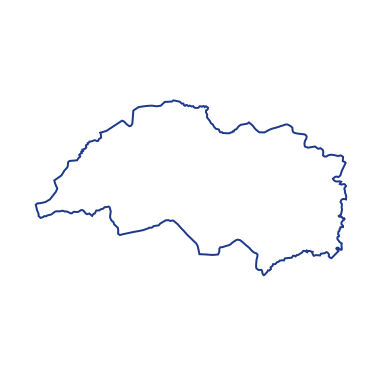 Ngandajika, Kasaï-Oriental, Democratic Republic of the Congo, rotated 171°
{"feature_id": "63176286B5322857834849", "entity_name": "Ngandajika", "entity_type": "district", "adm_level": 2, "iso_a3": "COD", "parent_name": "Democratic Republic of the Congo", "parent_adm1": "Kasaï-Oriental", "projection": "albers", "projection_center": [24.204, -6.701], "detail": "fine", "context": "isolated", "style": "outline", "palette": "blue", "viewbox_px": 384, "rotation_deg": 171, "n_neighbors": 0, "source": "geoboundaries", "source_scale": "gbopen_adm2", "svg_char_len": 5141}
<svg xmlns="http://www.w3.org/2000/svg" viewBox="0 0 384 384"><g transform="rotate(171 192 192)"><path d="M130.0,101.5L129.2,102.7L127.9,102.4L126.1,103.5L126.2,105.2L123.8,106.7L123.3,108.0L121.0,107.8L118.8,109.4L117.4,109.5L116.1,110.5L113.3,110.4L112.9,110.3L111.9,110.0L110.6,111.9L110.3,111.9L103.8,111.5L102.3,113.1L101.1,113.1L99.8,112.2L98.5,113.3L97.4,113.1L93.0,114.9L91.4,116.3L90.8,116.4L89.4,116.0L87.7,114.5L87.4,114.9L87.4,116.0L86.4,115.4L84.7,115.4L83.6,114.5L82.2,114.0L82.3,113.8L82.8,113.0L82.0,110.3L81.6,109.9L79.4,110.3L75.5,109.3L74.3,110.9L71.1,110.8L70.5,110.8L68.7,111.6L68.0,111.3L67.1,110.2L66.5,108.9L67.0,107.0L65.6,105.3L64.6,104.8L56.5,110.8L56.6,111.7L58.0,112.7L58.3,113.6L57.8,114.2L56.3,114.1L54.2,111.7L53.3,111.6L52.9,112.5L52.7,116.5L52.1,117.7L54.0,119.4L55.7,122.7L55.7,123.0L55.7,123.6L55.2,124.8L54.0,125.1L53.6,125.9L54.3,127.4L53.6,129.9L52.5,130.5L52.1,132.1L51.4,132.4L51.0,134.0L48.3,133.8L48.1,134.9L49.3,136.5L49.4,137.6L48.9,138.8L47.1,140.5L46.6,140.4L45.5,141.5L45.8,142.3L47.4,142.7L48.0,143.9L50.5,144.7L50.8,145.3L50.3,145.6L49.9,145.9L48.6,146.0L47.1,149.6L46.5,151.6L46.7,153.2L45.8,156.5L46.9,158.9L45.9,160.6L44.6,161.4L42.9,161.3L41.0,160.6L40.3,164.2L41.0,167.8L40.7,169.6L41.1,171.1L40.7,172.1L38.9,173.8L39.8,175.5L40.6,176.1L43.4,176.0L44.8,176.8L43.1,178.8L44.2,179.4L47.5,179.7L48.9,180.3L50.2,181.7L50.7,183.1L50.3,183.3L48.6,184.4L47.1,184.7L45.3,183.9L43.9,184.4L42.8,185.3L40.6,189.6L35.7,196.7L36.0,197.3L36.6,197.8L38.2,198.9L37.3,203.1L39.3,204.9L40.9,204.7L42.3,204.8L43.4,205.2L45.3,206.0L46.6,206.5L49.0,207.1L51.3,207.0L52.4,206.6L53.6,206.1L54.8,206.1L55.9,206.5L56.9,207.8L56.6,208.7L56.3,209.8L56.0,211.8L56.4,213.3L58.3,215.2L59.8,215.0L60.5,214.9L62.0,216.3L62.7,217.0L63.5,217.7L64.7,217.7L70.6,217.6L71.2,218.0L73.3,219.2L73.5,220.4L73.4,221.3L73.3,222.5L72.7,224.1L71.9,225.5L70.8,226.7L70.1,228.9L70.5,230.1L71.8,231.3L75.3,232.3L77.3,232.8L79.7,233.6L81.6,234.4L82.6,235.3L83.0,236.6L83.0,238.0L82.8,239.8L84.2,241.6L87.2,243.8L89.4,244.0L91.7,243.5L93.9,243.3L96.0,242.8L99.2,242.4L103.8,241.9L106.7,241.1L108.8,240.3L111.2,239.5L116.3,240.5L119.5,244.1L121.8,248.3L124.9,251.8L126.5,250.9L128.6,250.8L133.5,250.7L135.7,249.5L138.4,247.0L140.0,246.8L141.4,245.3L142.0,245.6L143.3,244.6L144.5,244.7L144.9,244.5L145.5,244.2L147.8,244.4L152.4,245.5L152.9,246.3L154.9,246.7L155.9,249.7L158.5,250.6L160.1,253.2L161.0,255.6L162.6,257.1L163.2,259.3L165.5,263.3L165.3,264.4L164.9,266.1L165.6,268.1L165.6,269.6L165.1,270.6L164.2,270.7L163.4,271.5L162.9,272.6L164.8,274.5L166.3,273.9L166.6,274.8L167.5,275.1L169.0,274.7L169.9,275.3L171.2,275.4L172.2,274.4L173.4,274.2L175.5,274.5L176.8,275.4L177.4,276.6L178.9,276.5L180.8,277.7L182.1,277.4L183.5,278.7L184.4,278.8L184.8,278.5L185.2,278.2L185.9,278.5L186.4,279.1L186.7,280.7L188.4,281.0L189.2,282.1L190.0,283.1L195.9,285.4L197.0,284.9L197.8,284.5L204.8,285.2L209.4,282.1L213.6,282.2L218.3,283.6L223.6,284.1L228.6,284.2L231.6,284.2L235.5,282.4L237.2,281.6L240.2,269.0L241.3,267.5L242.3,266.8L243.6,266.8L245.8,269.0L248.2,272.4L250.0,273.4L267.0,265.7L273.4,264.9L273.0,263.6L273.3,259.8L275.6,258.9L276.4,257.7L276.6,257.2L277.9,257.2L279.9,258.4L283.5,257.7L285.4,257.8L286.6,256.6L287.4,256.6L287.6,255.3L289.2,254.9L289.6,254.1L289.4,252.7L290.6,251.5L291.8,251.5L292.3,250.8L293.6,250.9L293.3,249.5L295.0,249.3L295.2,248.8L294.6,247.8L297.1,246.8L297.6,246.2L296.8,244.7L297.4,244.0L298.5,243.5L300.6,241.3L307.9,241.8L309.0,241.4L309.8,240.6L310.5,237.4L311.3,235.8L314.7,233.1L318.3,228.8L323.0,226.5L326.2,225.0L325.9,221.9L324.5,216.5L326.4,213.5L333.5,206.9L338.4,205.0L343.1,204.7L346.7,204.9L348.3,203.8L347.9,198.4L347.0,194.5L347.2,192.8L347.3,192.3L345.6,190.1L343.4,190.4L341.5,191.3L340.3,190.8L338.3,191.5L334.5,191.8L330.2,194.1L328.3,194.1L326.2,193.6L322.4,193.7L320.4,192.5L318.8,192.4L314.9,189.8L313.9,189.8L312.8,190.6L311.2,190.9L309.0,190.2L307.0,190.3L304.6,191.4L303.0,191.3L301.9,190.2L300.2,187.3L299.1,186.5L296.8,186.8L294.4,184.0L293.9,184.6L292.7,185.8L291.5,185.9L289.4,188.7L286.2,188.3L285.0,189.2L282.4,189.4L280.8,190.6L276.6,190.6L275.7,189.7L275.3,185.4L276.7,181.0L276.8,179.4L276.4,177.5L275.6,175.9L274.3,174.6L274.0,172.3L270.9,168.3L270.8,166.1L271.5,162.3L270.0,160.8L267.0,161.1L261.6,161.4L255.3,161.7L250.2,161.8L246.0,162.0L240.4,163.1L239.8,163.5L238.2,163.1L236.7,163.3L235.3,164.3L230.0,164.3L228.5,165.7L222.6,168.1L219.8,167.9L217.9,166.8L215.8,166.9L214.8,166.6L211.1,162.3L209.7,160.1L208.5,158.1L206.3,155.1L205.1,153.1L203.1,150.1L199.7,145.6L195.9,140.6L194.9,137.9L194.6,134.5L194.5,132.6L194.4,129.4L191.6,128.9L185.7,127.6L182.2,126.7L179.2,126.4L176.2,126.2L175.3,127.1L174.3,129.2L173.8,131.8L172.7,132.9L170.5,132.8L165.8,133.5L163.8,133.7L162.1,134.3L160.2,135.6L158.3,136.5L156.2,137.5L154.3,137.8L151.9,136.8L149.4,134.0L147.1,131.2L144.2,127.9L142.5,125.2L141.1,123.5L140.0,122.4L137.9,121.2L137.1,120.1L137.4,118.4L138.3,116.3L138.9,114.8L139.9,110.8L140.4,108.1L140.3,106.5L139.4,105.4L138.4,104.6L135.6,104.2L135.1,102.6L135.1,100.9L134.8,99.6L134.1,98.6L133.1,98.9L130.0,101.5Z" fill="none" stroke="#1e3a8a" stroke-width="2"/></g></svg>